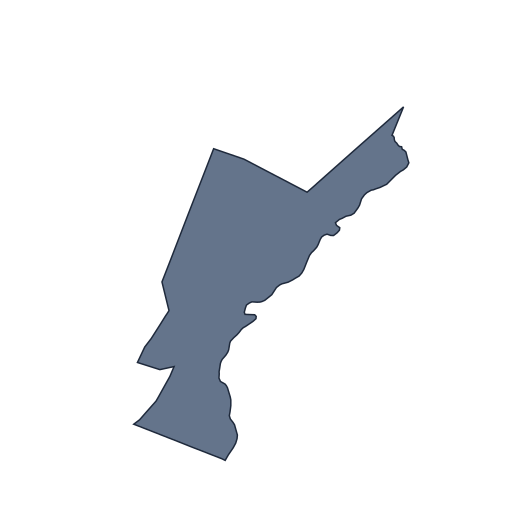 Amarante, Piauí, Brazil (Equal Earth projection), rotated 217°
{"feature_id": "56859067B92576717427769", "entity_name": "Amarante", "entity_type": "district", "adm_level": 2, "iso_a3": "BRA", "parent_name": "Brazil", "parent_adm1": "Piauí", "projection": "equal_earth", "projection_center": [-42.852, -6.403], "detail": "fine", "context": "isolated", "style": "filled", "palette": "slate", "viewbox_px": 512, "rotation_deg": 217, "n_neighbors": 0, "source": "geoboundaries", "source_scale": "gbopen_adm2", "svg_char_len": 1955}
<svg xmlns="http://www.w3.org/2000/svg" viewBox="0 0 512 512"><g transform="rotate(217 256 256)"><path d="M190.0,422.4L192.4,424.1L198.9,429.3L201.3,429.6L203.4,429.2L205.5,430.9L207.3,429.8L209.6,430.1L211.4,430.8L214.0,431.1L215.7,432.3L216.9,433.7L218.3,434.4L220.0,434.2L227.9,463.9L241.8,396.0L250.9,350.9L251.3,348.6L253.6,337.7L296.5,330.6L323.9,326.1L354.4,316.2L351.8,307.1L349.2,297.9L335.2,248.2L321.5,200.1L315.5,178.7L292.6,160.0L292.3,156.4L292.2,153.9L291.7,148.2L291.3,143.7L290.0,127.0L290.1,116.4L286.6,99.6L279.8,102.0L264.4,107.4L254.9,118.4L252.3,108.0L250.9,97.7L249.1,84.8L248.5,80.0L249.2,71.2L249.8,63.6L250.4,55.2L252.4,48.1L203.3,61.8L193.7,64.4L161.0,73.6L157.6,74.2L158.4,80.4L158.8,89.2L159.6,94.4L161.2,98.7L163.1,101.8L171.6,108.3L174.3,109.3L178.4,110.4L181.2,112.4L182.9,115.8L184.7,119.0L186.1,121.4L189.5,125.9L191.7,127.9L199.5,133.6L201.7,134.6L203.6,135.1L208.9,134.4L212.1,136.2L213.3,138.0L214.4,139.7L215.8,141.3L217.3,144.2L219.7,148.6L220.4,150.7L220.8,153.1L220.4,158.7L220.7,162.3L221.4,164.7L224.6,170.8L225.1,172.8L224.6,177.5L223.8,181.5L223.5,184.7L223.5,188.5L223.0,191.2L222.0,193.4L219.0,202.2L218.3,205.9L219.5,207.9L221.7,208.3L229.6,202.8L231.5,204.0L233.2,208.2L234.1,211.1L233.0,214.5L231.7,216.9L227.3,219.8L225.1,221.6L223.9,223.1L222.3,225.9L220.1,234.6L220.7,243.1L219.7,247.0L218.6,249.3L214.6,254.4L212.3,259.1L211.2,262.0L209.5,265.9L209.2,269.9L209.7,274.0L210.6,277.3L211.7,281.2L213.6,288.6L213.7,292.1L213.2,294.8L212.8,299.5L213.2,302.3L214.7,308.0L215.0,310.7L214.1,313.7L212.4,316.2L208.7,317.4L206.4,319.0L205.2,323.3L204.9,326.8L206.1,329.0L210.1,328.9L212.6,330.4L211.4,335.4L209.9,337.9L208.0,342.0L204.8,345.7L203.4,349.2L203.5,355.8L203.9,358.9L206.1,365.2L206.2,370.0L205.6,373.3L203.6,377.9L202.1,379.5L200.7,381.8L198.2,385.4L196.2,389.3L194.8,391.9L193.1,404.4L191.5,410.5L190.2,413.4L189.2,417.8L190.0,422.4Z" fill="#64748b" stroke="#1e293b" stroke-width="1.5"/></g></svg>